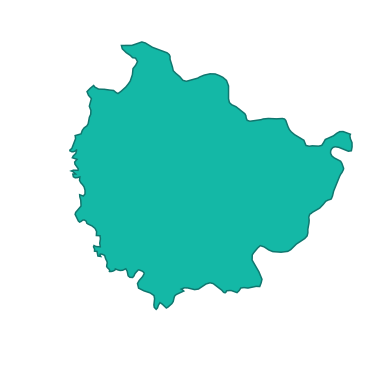 the Province of Komoé, rotated 21°
{"feature_id": "BFA-2836", "entity_name": "Komoé", "entity_type": "Province", "adm_level": 1, "iso_a3": "BFA", "parent_name": "Burkina Faso", "parent_adm1": "", "projection": "albers", "projection_center": [-4.486, 10.237], "detail": "fine", "context": "isolated", "style": "filled", "palette": "teal", "viewbox_px": 384, "rotation_deg": 21, "n_neighbors": 0, "source": "natural_earth", "source_scale": "10m", "svg_char_len": 3707}
<svg xmlns="http://www.w3.org/2000/svg" viewBox="0 0 384 384"><g transform="rotate(21 192 192)"><path d="M65.4,197.5L63.2,197.3L63.0,196.4L63.7,195.3L64.2,194.3L64.2,184.0L62.8,181.3L62.7,181.2L67.6,177.5L67.5,173.8L68.3,170.8L70.2,167.9L70.6,165.5L69.4,159.0L69.6,155.8L68.4,152.1L65.4,148.7L64.6,140.9L60.7,138.8L58.0,135.9L59.8,131.7L62.0,127.8L63.8,128.9L68.0,129.4L73.5,127.5L78.8,126.3L82.4,125.3L85.3,126.3L87.6,126.6L89.7,123.4L92.6,117.7L93.7,114.3L94.6,110.7L94.3,103.8L92.7,97.9L94.0,93.8L94.4,89.8L91.3,87.2L88.4,87.9L85.5,86.6L80.7,85.5L75.6,83.3L73.6,80.5L83.3,76.7L91.4,69.9L95.1,69.6L103.2,71.1L119.0,71.0L121.5,71.9L122.9,73.3L123.9,75.9L129.0,82.4L131.0,85.5L134.3,87.0L139.3,88.7L143.4,91.0L147.0,90.7L156.6,83.6L158.1,81.7L161.5,78.5L166.5,75.2L171.3,73.5L175.7,73.5L179.7,73.9L184.2,75.5L188.1,79.9L192.7,91.9L194.9,95.1L197.7,96.3L202.5,96.6L213.3,100.0L214.9,101.4L216.1,103.5L217.8,105.3L220.7,105.2L230.6,99.7L232.3,98.3L236.9,96.0L244.7,93.4L250.0,91.0L252.2,90.7L253.9,91.6L258.1,96.5L260.5,98.8L263.1,100.3L267.2,101.7L277.9,103.6L281.7,107.7L285.0,107.3L287.7,105.8L293.8,103.8L296.4,102.0L297.1,98.8L297.6,95.2L304.0,88.8L306.1,85.3L308.3,82.7L311.4,81.4L319.2,81.3L319.2,82.9L320.9,85.7L323.7,88.6L325.3,92.6L326.0,96.4L323.4,97.9L313.0,97.7L309.3,98.5L307.6,100.0L306.9,101.7L306.7,103.8L307.5,106.2L309.6,108.2L312.6,109.2L319.7,110.0L321.7,111.6L325.1,115.6L325.3,116.9L325.0,120.1L324.5,121.9L324.2,123.9L323.9,140.3L324.6,145.5L324.5,148.6L323.7,149.4L322.1,150.6L320.2,152.7L318.9,156.7L317.0,161.2L311.7,167.8L310.9,169.3L309.9,170.5L310.0,173.6L311.5,176.4L312.3,179.0L313.5,185.3L314.8,188.6L315.2,191.8L313.9,195.1L308.1,203.2L304.8,210.5L302.7,213.1L296.7,216.3L288.8,218.7L284.5,218.6L279.1,217.4L275.0,217.6L273.4,220.6L271.4,226.5L270.8,229.1L272.5,234.0L283.1,242.6L288.6,248.4L289.1,252.0L289.1,255.0L289.1,256.0L285.7,257.1L278.7,261.6L274.8,262.6L272.0,264.1L271.3,267.2L270.1,269.8L264.2,269.9L262.6,270.4L259.8,271.8L259.6,272.3L259.6,273.3L259.2,274.1L258.1,274.4L257.0,274.1L255.0,273.0L244.6,269.9L241.4,270.3L238.1,272.8L232.8,280.3L229.4,282.2L222.4,283.1L219.2,284.2L216.8,286.5L217.6,286.6L219.8,287.4L214.2,293.2L213.2,294.9L213.1,296.6L213.7,301.0L213.2,303.4L210.8,308.1L209.6,309.5L204.6,307.4L201.8,306.7L201.2,309.6L201.3,312.7L200.6,314.4L198.1,313.2L196.9,311.1L195.3,305.0L193.6,302.3L189.2,301.2L182.6,301.5L176.6,300.9L173.9,297.0L174.4,293.6L176.2,288.7L176.6,285.5L176.1,284.6L175.0,284.0L173.6,283.7L170.2,283.7L169.7,284.1L169.5,284.8L168.9,286.1L168.0,288.7L167.9,291.2L167.2,293.1L164.6,293.9L162.4,293.1L159.8,289.1L157.7,287.4L155.3,289.9L153.1,291.0L150.8,291.3L148.1,291.3L148.3,291.8L147.7,292.9L146.5,294.2L145.0,295.2L143.5,295.8L143.3,295.7L143.4,294.9L142.4,293.9L140.0,292.9L139.0,292.1L138.6,290.6L138.3,288.7L137.6,287.4L135.5,285.5L134.4,284.2L133.8,283.2L132.9,282.5L131.0,282.3L129.2,282.5L128.5,283.1L128.8,284.0L129.9,284.9L127.1,285.5L124.6,281.5L122.2,282.2L121.7,280.7L121.3,280.0L119.7,278.5L119.7,277.1L121.5,277.3L123.0,277.0L126.0,276.0L124.2,272.8L123.3,268.6L121.8,265.8L118.3,266.9L117.1,263.1L114.5,260.7L110.8,259.5L106.5,259.2L104.9,258.8L104.3,257.9L103.5,257.1L101.4,256.7L100.0,257.5L99.0,259.2L97.9,260.4L96.3,259.8L90.9,254.8L90.7,252.7L93.4,245.0L93.0,243.8L91.0,239.4L89.0,236.7L88.1,234.8L92.0,234.7L92.8,232.1L91.5,228.7L89.4,225.9L87.2,224.4L84.8,223.2L82.8,221.4L81.9,218.1L80.0,219.6L77.9,220.6L75.8,220.3L74.3,218.0L76.8,216.9L75.6,216.5L74.6,216.0L73.4,215.6L71.8,215.6L73.5,214.1L77.8,212.6L77.5,211.1L72.8,208.0L71.7,206.1L73.0,202.7L68.0,202.9L68.2,200.9L69.7,197.5L69.2,193.6L68.7,194.9L67.8,196.1L66.7,197.0L65.4,197.5Z" fill="#14b8a6" stroke="#0f766e" stroke-width="1.5"/></g></svg>